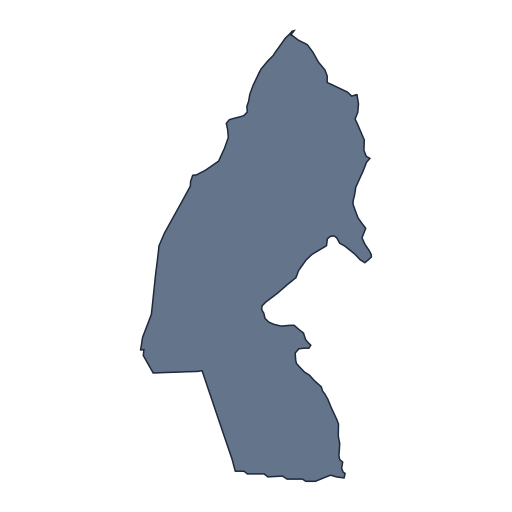 Dilling, South Kordufan, Sudan (Robinson projection)
{"feature_id": "16777658B83196806362289", "entity_name": "Dilling", "entity_type": "district", "adm_level": 2, "iso_a3": "SDN", "parent_name": "Sudan", "parent_adm1": "South Kordufan", "projection": "robinson", "projection_center": [29.551, 11.952], "detail": "fine", "context": "isolated", "style": "filled", "palette": "slate", "viewbox_px": 512, "rotation_deg": 0, "n_neighbors": 0, "source": "geoboundaries", "source_scale": "gbopen_adm2", "svg_char_len": 2971}
<svg xmlns="http://www.w3.org/2000/svg" viewBox="0 0 512 512"><path d="M259.2,72.4L258.5,74.0L257.3,76.5L254.7,82.0L253.1,85.3L249.8,94.3L248.6,101.3L246.9,106.2L247.2,112.1L244.1,115.4L243.0,115.9L241.9,116.3L234.1,118.3L229.3,119.7L226.3,123.4L227.2,127.5L227.4,128.5L227.6,129.4L227.7,130.2L228.3,137.5L224.4,148.5L218.6,161.1L205.3,170.3L201.5,172.3L201.0,172.5L196.4,174.9L192.7,175.3L190.6,181.3L190.3,186.2L186.7,192.8L184.4,197.0L183.5,198.7L183.0,199.6L181.5,202.3L175.7,212.8L167.0,228.5L164.4,233.2L159.0,245.8L158.3,252.4L157.2,261.7L156.9,263.9L155.4,276.1L152.6,303.0L151.4,314.2L149.0,320.6L147.7,324.0L146.5,327.1L142.8,336.7L142.4,338.5L142.2,339.6L141.6,343.9L140.6,349.5L140.9,349.5L140.9,350.0L141.2,350.0L143.2,349.7L143.9,349.6L143.8,350.4L143.3,355.6L143.6,356.1L152.9,372.5L153.1,373.0L156.5,372.9L163.1,372.6L181.3,372.0L185.4,371.8L195.8,371.5L198.0,371.4L200.8,370.9L201.0,370.9L202.1,370.7L202.3,371.4L204.4,377.6L205.3,380.2L208.2,388.9L210.3,395.0L215.0,409.0L215.3,409.9L220.5,425.2L224.3,436.4L229.1,450.5L231.4,457.3L231.8,458.3L232.1,459.3L232.6,461.2L232.7,461.5L233.7,465.4L234.2,467.2L234.5,468.3L235.1,470.5L235.1,470.9L235.3,471.2L238.7,471.2L244.2,471.3L247.3,473.9L264.1,473.9L267.9,476.9L281.8,476.1L282.5,476.1L287.1,479.1L302.4,479.1L305.8,481.3L314.7,481.3L315.4,481.3L324.9,477.4L330.3,475.3L330.7,475.2L336.4,476.9L343.6,477.9L344.1,477.9L345.1,473.4L343.2,472.2L341.6,468.3L342.7,462.1L339.7,459.6L338.9,455.6L339.4,449.1L339.7,443.6L338.3,436.2L338.5,424.1L337.0,420.0L334.0,413.5L331.2,407.5L327.8,399.2L325.0,394.3L322.6,391.1L321.3,386.8L317.9,383.8L314.1,380.4L309.4,375.1L304.5,372.1L300.0,367.4L296.5,363.6L295.7,360.1L295.2,353.1L298.5,349.2L298.8,348.8L304.0,348.2L308.4,348.2L308.9,348.2L310.8,345.2L308.2,342.7L305.7,339.7L304.5,336.3L303.5,333.0L299.3,329.8L294.1,325.3L290.0,325.3L281.3,326.1L274.4,324.5L268.8,322.1L265.0,318.4L263.8,313.2L261.7,309.7L262.0,305.9L265.9,302.0L277.6,293.1L287.1,284.8L295.9,277.7L298.7,270.4L306.0,260.1L312.0,254.4L326.5,245.7L327.4,238.8L330.5,236.2L334.0,236.0L336.6,237.6L339.7,243.3L344.5,245.9L349.6,249.9L355.1,254.4L360.1,259.7L364.8,262.7L365.4,262.2L368.3,259.9L368.8,259.4L371.4,257.0L371.2,254.4L369.0,250.3L364.8,244.1L362.0,237.8L365.7,228.3L364.1,226.2L361.5,222.8L358.0,217.8L355.4,210.9L353.0,204.2L353.2,200.4L353.3,200.1L354.6,194.9L355.8,187.2L361.7,174.1L363.1,171.2L366.5,162.3L369.9,158.4L369.1,157.9L366.2,156.3L363.9,150.2L364.0,148.0L364.3,140.0L357.8,124.8L356.5,122.0L355.1,119.1L357.8,112.2L358.5,103.9L357.2,95.9L357.1,95.0L356.2,95.3L356.1,94.7L353.0,95.7L351.6,96.1L351.5,95.9L347.5,92.1L340.2,88.6L327.2,82.5L327.2,76.0L324.9,69.9L318.4,62.1L313.1,52.5L307.3,44.7L305.7,43.8L298.6,40.3L291.7,35.1L291.4,35.3L290.8,34.8L291.1,34.6L294.1,30.7L292.1,31.2L290.8,32.8L289.9,33.8L285.4,38.1L275.1,52.5L273.4,55.3L269.9,58.8L267.9,60.8L261.0,69.1L259.8,71.5L259.7,71.5L259.3,72.4L259.2,72.4Z" fill="#64748b" stroke="#1e293b" stroke-width="1.5"/></svg>